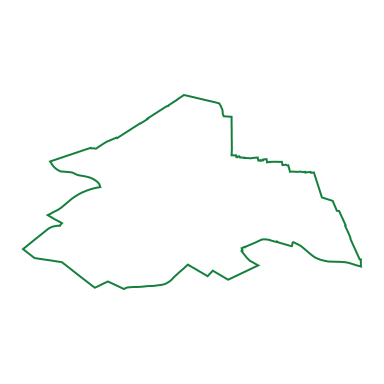 Gouda, Zuid-Holland, Netherlands (Natural Earth projection)
{"feature_id": "6326949B14111890142812", "entity_name": "Gouda", "entity_type": "district", "adm_level": 2, "iso_a3": "NLD", "parent_name": "Netherlands", "parent_adm1": "Zuid-Holland", "projection": "natural_earth1", "projection_center": [4.712, 52.018], "detail": "fine", "context": "isolated", "style": "outline", "palette": "green", "viewbox_px": 384, "rotation_deg": 0, "n_neighbors": 0, "source": "geoboundaries", "source_scale": "gbopen_adm2", "svg_char_len": 5762}
<svg xmlns="http://www.w3.org/2000/svg" viewBox="0 0 384 384"><path d="M123.9,289.0L124.0,289.0L125.1,288.4L126.1,287.9L127.8,287.4L129.3,287.3L130.7,287.2L132.0,287.1L133.4,287.0L135.0,287.0L137.1,287.0L142.1,286.7L145.9,286.3L147.6,286.1L150.9,286.0L152.1,286.0L154.5,285.8L162.6,284.7L164.7,284.1L166.7,283.2L169.9,281.2L171.6,279.7L173.5,277.7L175.2,276.0L177.1,274.3L179.0,272.5L181.2,270.6L184.0,268.2L187.9,264.6L189.8,265.7L189.7,265.8L190.8,266.4L194.2,268.3L207.6,276.2L212.8,270.7L228.1,279.7L230.5,278.6L244.7,271.8L258.2,265.4L257.0,264.8L255.9,264.1L251.8,261.8L250.0,260.9L249.5,260.4L248.5,259.4L247.5,258.4L246.6,257.5L241.5,251.0L241.5,250.9L242.3,250.6L242.0,250.1L242.4,249.9L242.2,249.0L241.7,248.2L244.3,247.0L244.9,247.3L245.3,246.7L245.7,246.7L247.4,245.9L251.3,244.3L254.8,242.8L261.0,239.9L261.4,239.7L262.6,239.5L263.0,239.4L264.0,239.3L264.7,239.3L265.9,239.4L266.7,239.5L268.0,239.7L269.3,239.9L270.3,240.2L271.2,240.6L276.8,242.1L277.0,241.5L278.2,242.2L278.9,242.6L290.5,245.9L291.8,246.2L292.0,246.0L292.6,242.7L292.8,242.6L293.0,242.6L293.3,242.2L295.0,242.9L295.9,243.4L296.7,243.8L298.8,244.8L300.2,245.6L300.9,246.0L301.4,246.4L302.4,247.2L304.4,248.9L309.3,253.1L311.5,254.9L312.1,255.4L312.5,255.7L313.4,256.3L313.9,256.8L314.4,257.0L315.3,257.6L315.9,257.9L316.6,258.2L317.4,258.6L319.1,259.2L319.6,259.4L320.0,259.6L320.4,259.7L321.7,260.1L322.9,260.4L323.8,260.6L325.9,261.0L326.5,261.2L327.7,261.4L328.2,261.5L328.8,261.5L329.2,261.6L329.6,261.6L330.7,261.6L331.7,261.6L333.8,261.7L337.3,261.8L339.0,261.8L343.0,262.0L343.4,262.1L344.5,262.1L345.0,262.2L345.9,262.3L346.6,262.5L347.2,262.6L348.0,262.7L348.5,262.8L349.5,263.1L356.5,265.3L358.5,265.9L359.4,266.1L360.7,266.4L361.0,266.5L360.9,265.9L360.8,260.2L360.9,259.5L360.7,259.5L359.7,259.4L358.0,255.7L356.1,251.5L355.6,250.3L350.6,239.4L350.4,238.6L350.4,238.3L350.5,238.1L350.3,237.5L348.9,234.1L347.7,231.4L346.5,228.8L345.5,226.7L345.2,225.8L345.6,225.7L345.7,225.4L339.1,211.0L336.9,210.8L332.7,200.9L321.9,197.4L319.6,190.2L313.9,172.5L312.9,172.7L310.8,172.7L310.5,171.9L308.4,172.2L306.5,172.3L305.4,172.6L305.1,171.8L303.1,172.1L301.3,171.8L299.7,171.6L298.1,171.9L296.9,171.8L295.8,171.8L294.6,171.7L292.5,171.6L291.6,171.6L290.0,171.8L288.3,165.3L287.5,165.5L285.7,164.7L282.5,165.1L281.8,161.8L280.7,161.9L279.6,161.9L278.4,161.9L277.7,161.8L276.9,161.8L274.8,161.8L272.2,161.8L271.0,161.9L269.7,161.9L269.7,162.1L269.0,162.0L267.1,162.4L266.5,159.1L264.4,159.4L262.7,159.6L262.9,160.4L260.3,160.8L260.2,160.2L258.3,160.5L257.7,157.5L255.9,157.7L254.0,157.8L251.2,158.2L250.3,158.4L249.6,158.2L249.1,158.2L248.6,158.1L244.3,158.0L244.3,157.7L243.5,157.7L242.9,157.6L240.5,157.5L240.4,157.3L240.0,157.4L239.8,156.3L240.0,156.2L238.8,156.4L238.4,156.5L238.1,156.6L237.8,156.9L237.3,157.3L236.3,157.0L236.1,155.3L234.6,155.4L231.5,155.3L231.7,154.0L231.7,152.7L231.8,150.7L231.8,148.7L231.9,147.5L231.8,146.0L231.8,141.0L231.7,138.2L231.7,136.3L231.7,135.4L231.7,133.7L231.7,133.1L231.7,129.6L231.7,129.2L231.7,128.6L231.7,127.9L231.6,125.9L231.6,125.2L231.6,124.5L231.6,124.1L231.6,122.6L231.6,122.3L231.6,122.1L231.6,121.7L231.6,121.2L231.6,120.8L231.6,120.3L231.6,119.7L231.6,119.2L231.6,117.8L231.6,116.8L229.9,116.7L228.6,116.6L223.7,116.3L223.5,115.6L223.0,114.5L222.8,114.0L222.7,113.6L222.7,112.4L222.5,110.5L222.4,110.0L222.3,109.5L221.8,108.4L221.4,107.5L221.1,106.6L220.8,106.1L220.6,105.8L220.4,105.4L220.2,105.0L219.9,104.4L219.7,104.1L219.5,103.9L219.3,103.5L219.2,103.4L218.9,103.3L218.6,103.2L214.3,102.1L210.5,101.2L210.1,101.1L206.0,100.2L205.2,100.0L203.9,99.7L198.2,98.3L197.0,98.1L194.9,97.5L190.9,96.6L188.8,96.1L188.1,95.9L187.1,95.7L186.1,95.5L185.2,95.3L184.2,95.1L183.9,95.0L182.5,96.0L181.0,97.0L179.4,98.0L177.7,99.1L177.7,99.4L175.7,100.7L174.6,101.4L173.0,102.4L171.1,103.7L169.6,104.6L169.0,105.0L168.3,105.5L168.3,105.8L168.3,106.0L168.1,106.1L167.6,106.2L167.2,106.2L166.5,106.3L162.0,109.2L147.4,118.6L147.7,118.9L143.1,121.9L142.3,122.3L140.1,123.7L139.8,123.5L139.6,123.7L139.3,123.9L139.0,124.1L138.8,124.2L138.4,124.5L137.4,125.1L135.8,126.1L134.2,127.1L132.7,128.1L131.1,129.1L130.1,129.8L128.4,130.9L128.2,131.0L126.2,132.3L123.6,133.9L121.5,135.3L118.4,137.3L117.0,138.2L116.5,137.6L106.3,141.9L105.7,142.3L105.4,142.5L104.6,143.0L102.0,144.6L100.7,145.5L99.7,146.2L98.8,146.7L98.7,146.7L98.6,146.8L98.1,147.3L97.7,147.5L95.9,148.7L94.8,148.5L93.7,148.3L92.5,148.3L91.2,148.4L90.8,147.8L80.6,151.2L52.4,160.7L50.1,161.5L51.1,162.8L51.6,163.8L52.1,164.6L53.4,166.3L54.4,167.4L56.7,169.3L59.1,170.7L60.8,171.5L63.3,171.6L69.0,172.1L72.1,172.5L72.8,172.7L74.7,173.7L76.3,174.4L77.4,175.0L84.7,176.3L85.7,176.5L86.7,176.7L87.4,176.9L87.9,177.0L88.3,177.1L88.8,177.3L89.3,177.4L89.8,177.6L90.2,177.7L90.7,177.9L91.1,178.1L91.6,178.2L92.0,178.4L92.4,178.7L92.9,178.9L93.3,179.1L93.7,179.3L93.9,179.4L94.3,179.7L94.7,179.9L95.1,180.2L95.4,180.4L95.8,180.7L96.2,181.0L96.5,181.3L96.9,181.5L97.2,181.8L97.6,182.1L97.9,182.4L98.2,182.8L98.5,183.1L98.8,183.4L99.0,183.8L99.3,184.2L99.5,184.6L99.6,185.0L100.3,187.1L95.8,187.9L92.4,188.7L89.3,189.7L86.7,190.6L84.0,191.7L81.7,192.7L78.7,194.3L76.8,195.4L73.1,197.8L70.9,199.5L68.7,201.4L65.6,204.0L61.8,207.2L61.1,207.7L59.9,208.6L58.8,209.3L58.0,209.8L57.1,210.3L56.3,210.7L54.8,211.4L53.2,212.2L52.2,212.8L50.3,213.9L50.1,213.9L49.1,214.5L48.8,214.5L47.7,215.1L49.9,216.4L51.3,217.2L54.4,219.1L60.1,222.1L62.0,223.2L59.8,225.5L59.8,225.8L58.1,225.7L55.1,226.1L54.2,226.3L52.5,226.7L51.0,227.3L49.2,228.2L47.6,229.3L47.0,229.8L32.6,241.3L31.3,242.4L23.0,249.1L34.6,258.1L49.1,260.2L61.9,262.2L67.5,266.5L76.6,273.7L92.0,285.6L94.8,287.7L98.0,286.3L102.7,283.9L106.6,282.1L107.9,281.5L112.7,283.7L116.1,285.3L123.9,289.0Z" fill="none" stroke="#15803d" stroke-width="2"/></svg>